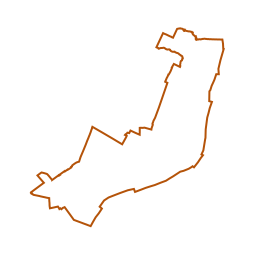 Calafat, Dolj, Romania (Mercator projection), rotated 174°
{"feature_id": "2599482B25793033278683", "entity_name": "Calafat", "entity_type": "district", "adm_level": 2, "iso_a3": "ROU", "parent_name": "Romania", "parent_adm1": "Dolj", "projection": "mercator", "projection_center": [22.936, 43.949], "detail": "fine", "context": "isolated", "style": "outline", "palette": "amber", "viewbox_px": 256, "rotation_deg": 174, "n_neighbors": 0, "source": "geoboundaries", "source_scale": "gbopen_adm2", "svg_char_len": 5217}
<svg xmlns="http://www.w3.org/2000/svg" viewBox="0 0 256 256"><g transform="rotate(174 128 128)"><path d="M154.5,126.5L163.3,132.9L163.8,131.9L163.8,131.7L163.9,131.3L163.9,131.1L164.0,131.0L164.4,130.4L165.6,127.7L165.9,127.1L166.5,126.0L167.0,124.9L167.5,124.1L168.4,122.3L170.0,119.4L171.7,116.0L175.2,109.5L178.1,104.3L178.7,103.0L180.1,99.8L180.2,99.6L181.0,99.5L182.0,99.3L182.8,99.1L183.9,98.6L185.4,97.8L187.4,96.6L187.5,96.4L187.7,96.0L187.7,95.8L188.0,95.7L188.6,95.3L188.4,94.9L188.5,94.7L189.5,94.2L191.8,93.0L192.3,92.8L192.4,93.0L195.3,91.4L195.5,91.8L200.6,88.9L200.9,88.8L200.6,88.4L201.7,87.8L202.0,88.2L208.9,84.2L208.9,84.3L209.1,84.6L210.2,86.2L210.3,86.4L211.6,88.4L213.1,90.5L213.7,90.9L216.1,91.9L218.6,92.8L219.6,92.3L223.0,90.3L222.8,90.0L219.2,84.8L217.4,82.3L229.6,75.1L231.3,74.1L231.4,73.9L231.4,73.6L231.1,73.1L230.9,72.8L230.7,72.9L230.4,72.9L230.1,72.8L229.9,72.5L229.8,72.3L229.3,71.6L229.0,71.4L227.7,71.0L223.2,69.6L222.2,69.2L219.2,68.2L217.6,67.7L216.5,67.3L214.8,66.8L213.7,66.5L213.8,65.0L213.9,63.2L213.9,62.3L213.9,61.7L214.1,59.1L214.1,58.1L214.0,56.3L210.1,56.7L205.9,57.2L204.9,55.2L204.7,54.6L203.7,55.2L202.7,54.2L201.1,55.4L200.9,55.4L199.3,55.9L192.2,43.6L191.5,42.3L175.4,34.3L172.7,38.2L169.5,42.6L166.0,46.2L162.7,50.2L162.4,50.6L164.4,52.7L159.4,58.4L154.6,60.9L151.0,61.9L150.3,62.1L142.5,64.2L134.7,66.1L128.5,66.8L127.7,63.7L121.5,65.3L116.7,66.6L111.9,67.6L107.2,68.5L101.2,70.2L95.7,71.6L92.1,73.4L88.2,75.2L80.6,79.1L77.2,79.6L71.9,81.1L68.7,82.6L67.8,83.2L66.5,82.0L62.0,86.6L58.7,90.6L56.3,93.1L57.7,94.0L55.4,97.9L52.4,108.9L52.2,109.5L52.0,110.0L50.9,118.3L50.8,118.8L48.1,130.1L46.3,134.6L44.6,139.3L41.8,145.2L44.4,146.2L43.2,156.0L42.2,157.0L40.4,161.2L38.6,164.2L37.0,167.0L34.6,172.3L32.1,172.0L31.9,177.4L29.0,185.7L24.6,196.5L25.0,196.6L24.7,202.0L24.9,206.1L30.4,206.8L35.0,207.4L36.7,207.7L37.0,207.7L37.3,207.7L38.7,208.0L39.0,208.1L39.9,208.1L40.8,208.4L41.6,208.5L42.1,208.7L42.6,208.8L42.9,208.8L43.3,208.8L43.9,208.7L44.4,208.8L44.7,208.8L44.8,208.8L44.9,208.7L45.1,208.7L45.4,208.7L45.8,208.6L46.0,208.6L46.3,208.5L46.5,208.6L46.8,208.6L47.0,208.7L47.3,208.7L47.5,208.8L48.0,208.8L48.5,208.8L48.9,208.8L49.0,208.7L49.3,208.8L49.5,208.9L49.7,209.0L50.0,208.7L50.4,208.5L50.5,208.5L50.9,208.5L51.0,208.6L51.2,209.0L51.4,209.5L51.1,209.8L50.9,209.9L50.9,210.0L50.9,210.4L50.8,210.5L50.9,210.8L50.7,210.9L50.7,211.0L50.8,211.1L51.0,211.1L51.0,211.5L51.4,211.6L51.5,211.7L51.5,211.8L51.5,212.0L51.4,212.2L51.6,212.2L51.8,212.2L52.3,212.9L52.9,213.5L53.5,214.1L53.8,214.7L53.7,215.1L53.7,215.3L53.9,215.3L54.0,215.5L53.7,215.8L53.6,216.1L53.9,216.2L54.2,216.3L54.4,216.3L54.5,216.4L54.6,216.5L54.3,216.7L54.4,216.9L54.5,216.9L55.1,217.1L55.7,217.3L56.4,217.6L56.7,217.6L57.4,217.7L57.6,217.8L57.9,217.8L58.4,218.0L60.1,218.6L60.5,218.8L60.8,218.9L61.5,218.7L61.8,218.6L62.0,218.6L62.3,219.0L62.5,219.4L62.7,219.6L62.7,219.8L62.5,220.0L62.3,219.9L62.0,219.9L61.8,219.9L61.7,219.9L61.6,220.0L61.9,220.1L62.6,220.3L62.9,220.5L63.6,221.0L64.2,221.2L64.5,221.2L64.8,221.3L65.1,221.4L65.3,221.6L65.6,221.6L66.0,221.5L66.5,221.7L67.1,221.6L67.3,221.6L67.7,221.5L68.1,221.5L68.4,221.5L68.6,221.4L68.8,221.4L73.8,213.1L75.1,213.8L75.2,214.0L75.4,214.2L75.6,214.3L75.9,214.4L76.3,214.6L77.5,215.3L80.2,217.0L81.0,217.4L82.3,218.1L83.2,218.7L91.3,205.3L91.0,205.1L90.6,204.9L90.1,204.7L89.9,204.6L89.7,204.5L89.6,204.4L89.6,204.2L89.4,203.8L89.1,203.6L87.5,204.1L87.3,204.1L87.1,204.1L86.5,204.1L85.7,204.0L84.1,204.1L83.8,204.0L83.3,203.7L83.2,203.5L82.8,203.3L82.0,202.5L81.8,202.4L81.7,202.4L81.4,202.3L80.9,202.0L80.8,201.9L80.4,201.9L79.8,201.9L79.3,201.9L78.9,201.9L78.5,201.8L78.3,201.6L78.0,201.4L78.0,200.9L77.9,200.8L77.6,200.6L77.4,200.2L76.8,199.8L76.4,199.5L76.2,199.4L75.8,199.2L75.0,199.1L74.6,199.0L74.3,199.0L74.1,199.1L73.8,199.1L73.6,199.0L73.5,198.9L73.4,198.8L73.3,198.6L73.1,198.4L72.9,198.3L72.5,198.1L72.1,197.8L71.7,197.6L71.2,197.5L70.3,197.0L70.1,196.9L69.9,196.7L69.7,196.4L69.4,196.1L69.3,195.9L69.1,195.7L68.9,195.5L68.4,195.3L68.1,195.1L67.9,194.6L67.7,194.4L67.1,194.1L66.7,193.8L66.6,193.7L66.5,193.4L66.5,192.9L66.5,192.6L66.5,192.3L66.5,192.1L66.4,191.9L66.2,191.8L66.2,191.5L66.3,191.3L66.5,191.3L66.7,191.2L67.0,190.7L67.1,190.1L67.2,189.9L67.3,189.6L67.7,189.4L68.2,189.2L68.4,189.0L68.5,188.8L68.8,188.3L68.9,188.1L69.1,186.9L69.5,185.7L69.6,185.3L69.6,185.2L69.5,184.7L69.5,184.3L69.6,183.9L69.9,183.3L73.4,185.5L75.7,186.9L75.9,186.6L76.5,185.8L78.1,183.6L77.9,183.4L78.8,181.7L80.0,179.5L80.3,179.2L81.2,177.8L81.7,177.2L81.9,176.9L82.0,176.8L82.3,176.9L82.5,176.5L83.0,175.5L83.7,174.4L84.3,173.6L85.4,171.5L86.0,170.6L86.2,170.1L84.9,169.3L84.1,168.8L95.1,145.2L100.0,135.3L101.9,132.5L102.3,131.6L102.5,131.0L102.9,130.5L103.0,130.1L103.2,129.8L103.3,129.5L103.0,129.1L103.0,128.6L104.5,125.5L104.9,124.0L111.5,126.6L113.2,126.6L115.8,126.9L116.3,126.9L116.8,122.2L116.9,121.8L117.0,120.9L117.1,120.1L120.8,122.2L125.8,125.2L127.3,122.8L128.6,123.3L128.9,123.4L129.1,123.4L129.4,123.0L130.0,122.4L130.3,122.2L130.5,122.2L130.9,122.1L131.2,121.9L131.5,121.6L131.7,121.4L130.9,120.9L130.1,120.3L131.0,118.8L135.5,112.4L139.4,115.3L144.3,119.0L154.5,126.5Z" fill="none" stroke="#b45309" stroke-width="2"/></g></svg>